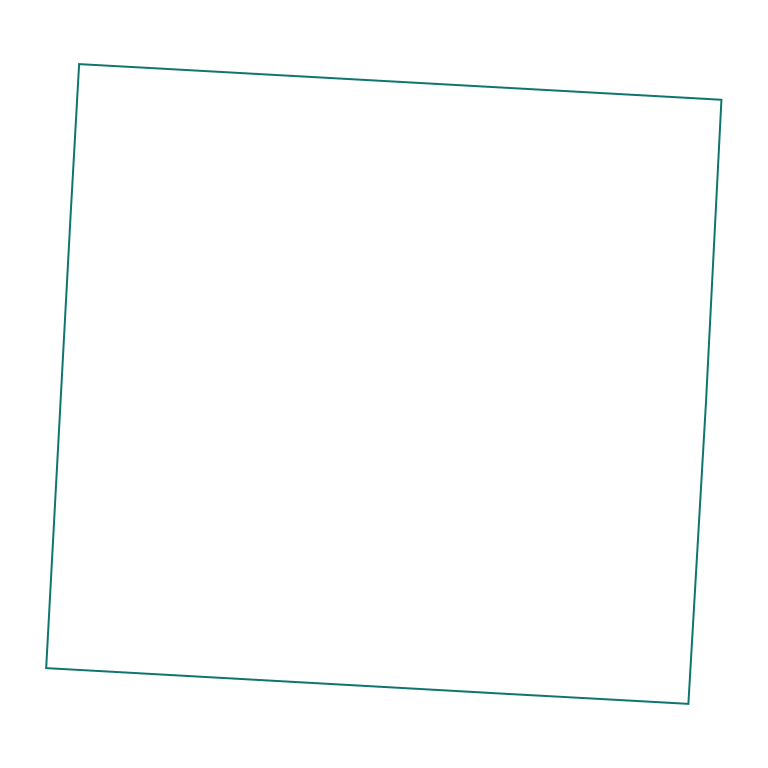 Cedar, Iowa, United States of America, rotated 3°
{"feature_id": "52423323B563666297739", "entity_name": "Cedar", "entity_type": "district", "adm_level": 2, "iso_a3": "USA", "parent_name": "United States of America", "parent_adm1": "Iowa", "projection": "natural_earth1", "projection_center": [-91.134, 41.772], "detail": "fine", "context": "isolated", "style": "outline", "palette": "teal", "viewbox_px": 768, "rotation_deg": 3, "n_neighbors": 0, "source": "geoboundaries", "source_scale": "gbopen_adm2", "svg_char_len": 265}
<svg xmlns="http://www.w3.org/2000/svg" viewBox="0 0 768 768"><g transform="rotate(3 384 384)"><path d="M62.8,80.5L62.2,231.8L61.5,685.4L514.0,687.0L559.4,687.1L704.7,687.5L706.5,385.5L706.1,82.5L62.8,80.5Z" fill="none" stroke="#0f766e" stroke-width="2"/></g></svg>